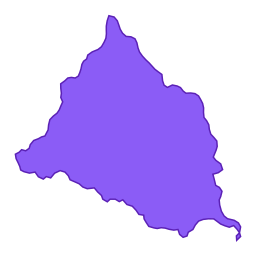 Presidente Kubitschek, Minas Gerais, Brazil
{"feature_id": "56859067B74501979707215", "entity_name": "Presidente Kubitschek", "entity_type": "district", "adm_level": 2, "iso_a3": "BRA", "parent_name": "Brazil", "parent_adm1": "Minas Gerais", "projection": "orthographic", "projection_center": [-43.574, -18.625], "detail": "fine", "context": "isolated", "style": "filled", "palette": "violet", "viewbox_px": 256, "rotation_deg": 0, "n_neighbors": 0, "source": "geoboundaries", "source_scale": "gbopen_adm2", "svg_char_len": 2096}
<svg xmlns="http://www.w3.org/2000/svg" viewBox="0 0 256 256"><path d="M239.5,232.8L240.6,226.9L238.4,222.9L234.2,220.3L227.5,218.7L224.1,216.0L221.4,211.3L219.7,205.1L219.2,200.0L220.7,196.5L222.0,191.3L219.4,187.4L215.7,185.4L214.2,179.2L212.9,174.2L218.3,172.7L222.6,169.6L220.7,163.9L215.9,160.4L213.3,157.1L214.7,153.6L216.2,149.9L217.2,146.4L216.8,141.0L213.8,137.4L210.8,134.2L209.3,129.3L208.8,124.8L206.6,120.7L204.0,117.5L203.5,112.4L203.6,107.9L202.6,103.4L200.5,99.3L198.5,95.9L195.0,93.6L190.7,93.0L185.9,93.2L183.2,91.1L180.5,87.6L177.2,86.0L172.4,85.0L167.4,87.4L164.1,85.2L162.6,80.9L161.9,74.5L157.9,71.6L154.8,69.2L152.2,66.3L149.3,63.1L145.8,59.8L142.4,56.1L139.5,52.0L138.0,47.9L136.9,42.8L135.0,38.8L131.0,36.8L126.1,36.4L122.5,33.2L120.2,29.2L118.9,25.3L117.3,20.8L114.1,17.0L108.9,15.7L107.2,20.8L106.3,26.1L106.3,30.1L106.4,33.9L105.9,38.2L104.1,42.2L101.5,46.7L98.0,49.5L92.2,51.9L87.8,55.0L86.6,59.0L83.6,61.2L81.9,64.4L81.0,68.9L79.8,72.6L78.3,76.1L75.2,78.0L71.3,77.4L67.8,78.0L64.6,81.0L60.7,83.8L60.8,88.3L61.4,93.3L60.8,97.5L62.7,101.9L60.8,106.1L59.3,109.8L57.1,113.1L53.3,116.1L49.9,119.6L48.6,124.8L48.1,129.9L44.9,136.0L41.6,136.9L38.4,138.7L33.7,140.5L30.3,144.6L29.2,148.3L25.7,150.8L21.6,149.7L19.2,152.2L15.4,154.2L16.1,158.6L18.3,163.1L19.8,166.5L20.7,170.0L24.0,171.7L29.4,173.1L35.1,172.1L38.4,176.8L43.3,179.1L46.3,176.6L50.7,177.9L54.6,173.2L60.1,170.6L65.0,172.1L68.3,175.7L70.1,179.8L74.5,181.7L79.2,183.8L82.8,187.0L87.2,188.7L90.8,188.3L94.3,187.9L97.7,192.0L101.5,195.5L102.8,199.2L107.3,201.8L110.1,199.2L115.3,199.2L119.3,201.6L122.8,199.8L126.9,204.5L132.3,206.2L136.1,210.3L138.9,214.4L143.7,215.2L144.1,218.9L146.1,222.3L148.8,226.4L153.9,227.9L157.2,228.5L161.2,227.7L165.1,228.1L169.2,229.3L173.8,230.1L178.0,229.5L179.6,234.4L183.1,237.3L187.0,236.0L188.3,232.2L192.9,229.5L195.3,225.0L198.6,221.1L203.2,219.4L208.4,218.8L213.8,218.9L217.3,221.5L220.6,224.0L224.9,225.8L229.3,227.2L233.7,225.6L237.1,229.3L239.5,232.8ZM236.7,240.3L240.6,236.5L239.5,232.8L236.4,235.9L236.7,240.3Z" fill="#8b5cf6" stroke="#5b21b6" stroke-width="1.5"/></svg>